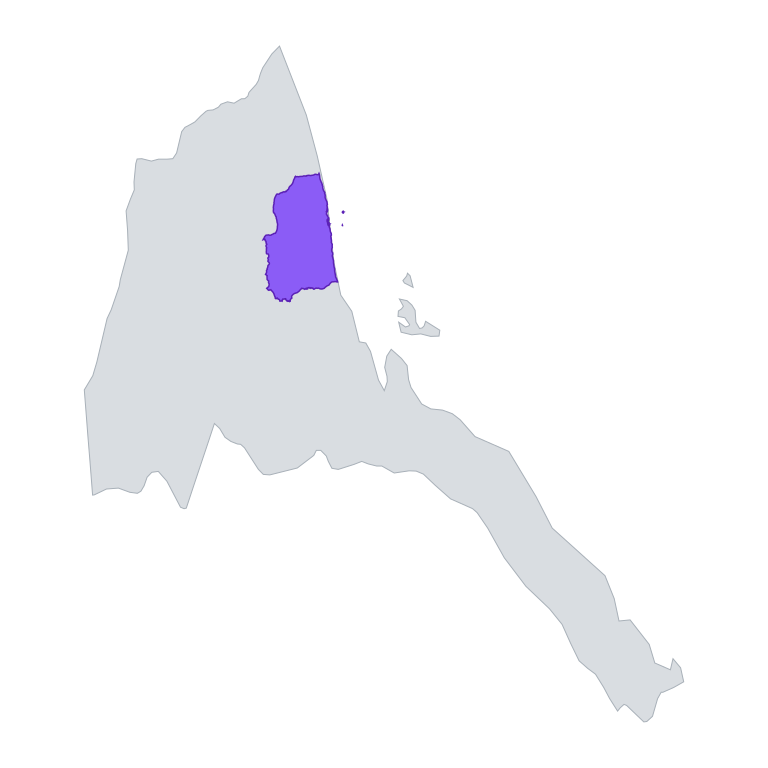 location of Afabet, Semenawi Keyih Bahri, Eritrea
{"feature_id": "51966322B88342452003506", "entity_name": "Afabet", "entity_type": "district", "adm_level": 2, "iso_a3": "ERI", "parent_name": "Eritrea", "parent_adm1": "Semenawi Keyih Bahri", "projection": "equal_earth", "projection_center": [38.928, 16.403], "detail": "fine", "context": "in_parent", "style": "filled", "palette": "violet", "viewbox_px": 768, "rotation_deg": 0, "n_neighbors": 0, "source": "geoboundaries", "source_scale": "gbopen_adm2", "svg_char_len": 8279}
<svg xmlns="http://www.w3.org/2000/svg" viewBox="0 0 768 768"><path d="M92.6,495.1L89.9,460.5L88.0,437.4L86.1,412.9L84.3,389.9L92.8,375.7L96.8,362.2L107.1,318.5L111.2,309.8L119.2,286.5L120.3,279.7L128.3,250.2L127.6,230.7L126.1,210.9L130.4,199.2L134.3,189.9L134.0,182.0L135.8,163.6L137.1,159.0L141.8,158.7L151.4,161.1L158.4,159.2L166.6,159.2L172.8,158.7L176.6,153.0L181.7,131.6L185.0,127.3L187.6,126.0L194.8,122.0L200.9,115.8L206.0,111.3L207.8,110.4L213.1,109.9L218.4,107.2L220.9,104.2L227.5,101.8L234.1,103.2L238.5,100.5L241.4,98.8L244.8,98.7L247.8,96.2L249.0,92.4L251.1,90.0L256.2,84.4L258.5,80.4L259.6,76.3L260.6,73.1L262.8,67.7L271.8,54.0L279.5,46.1L306.3,115.0L317.2,155.8L326.8,198.4L334.0,262.5L340.8,295.2L351.8,311.3L359.3,341.8L365.8,343.0L370.5,351.4L378.5,380.1L384.3,390.7L387.3,381.6L387.0,376.3L384.7,367.4L386.8,356.1L391.2,349.3L401.5,358.5L407.1,365.6L408.6,379.7L411.0,387.5L421.7,404.0L430.8,408.9L442.5,410.1L452.3,413.7L460.2,419.8L475.0,436.6L508.8,451.4L536.1,496.7L552.2,528.1L605.0,575.7L614.2,598.6L619.0,621.0L630.1,619.9L649.2,644.4L654.8,663.0L670.4,669.8L673.0,658.7L680.6,667.8L683.7,681.8L673.8,687.4L662.8,692.3L661.2,692.2L657.6,698.6L652.5,716.3L646.8,721.5L643.8,721.9L626.6,705.4L624.0,704.4L620.3,707.7L617.6,711.1L609.6,698.5L603.7,687.4L595.5,674.2L587.6,668.3L579.1,660.8L570.7,643.5L562.1,624.4L549.5,608.8L525.9,586.3L504.3,557.8L487.7,528.1L477.1,512.6L472.5,508.6L450.6,498.9L435.2,485.3L423.4,474.1L416.2,471.1L409.2,470.8L394.2,473.0L381.8,466.0L376.6,466.0L368.2,463.9L361.7,461.4L354.0,464.4L338.3,469.4L331.9,468.3L328.3,461.3L326.3,456.0L320.8,450.4L316.3,450.4L313.8,455.4L297.3,468.0L269.8,474.9L263.3,474.4L258.4,469.4L244.5,447.8L240.6,444.3L237.4,444.0L231.0,441.5L225.0,437.3L219.7,428.5L214.4,423.5L208.7,440.8L198.6,471.0L193.2,487.2L186.3,508.1L184.1,508.7L180.5,507.2L166.9,481.2L158.3,471.4L151.8,472.3L147.1,477.2L144.1,485.8L140.9,491.2L137.4,493.3L129.9,492.3L118.4,488.1L106.5,489.0L94.2,494.9L92.6,495.1ZM415.9,322.2L419.6,328.5L422.2,327.9L424.2,325.8L425.6,321.3L439.8,330.2L439.0,336.1L430.6,336.4L420.8,333.9L411.8,334.8L401.1,332.2L398.7,322.2L405.5,327.0L409.0,325.8L409.6,324.5L404.8,317.7L398.0,316.4L398.4,311.0L401.5,308.9L403.4,306.3L399.4,299.0L407.1,300.7L411.9,305.1L415.1,310.3L415.9,322.2ZM410.1,275.8L413.1,287.4L404.4,283.0L402.9,280.6L406.7,276.0L407.5,273.2L410.1,275.8Z" fill="#d9dde1" stroke="#a8b0b8" stroke-width="1"/><path d="M329.7,224.0L329.4,223.9L329.4,224.2L329.3,224.3L329.3,223.9L329.2,223.7L329.0,224.2L328.9,225.1L328.7,225.5L328.4,225.5L327.9,224.8L327.9,224.4L327.8,224.2L327.7,223.7L327.7,223.4L328.0,223.4L328.2,223.9L328.2,223.3L328.3,222.9L327.8,222.6L327.4,221.9L327.2,221.8L327.1,220.7L327.1,219.8L327.6,219.2L327.6,219.6L327.4,219.7L327.3,220.2L327.6,221.5L327.8,221.3L328.0,220.5L328.7,220.4L328.9,219.0L328.6,217.6L327.6,216.6L327.5,215.9L327.6,215.5L327.6,215.3L327.2,215.3L327.0,215.2L326.6,214.6L326.4,214.0L326.4,213.7L326.7,213.2L326.7,212.6L326.6,212.2L326.3,211.8L326.6,211.5L326.7,211.8L326.8,211.9L327.0,211.5L326.8,210.5L326.8,210.3L327.0,210.8L326.9,210.2L327.1,209.8L327.0,209.6L327.1,208.5L327.3,208.8L327.3,209.2L327.5,209.7L327.4,210.0L327.5,210.3L327.6,210.5L327.7,210.0L327.7,209.8L327.5,209.3L327.5,208.7L327.2,207.7L327.3,207.3L326.9,205.5L327.0,205.0L327.4,204.5L327.4,204.2L327.1,203.3L327.0,202.0L325.8,199.4L325.2,197.8L325.1,197.2L325.2,195.0L324.6,193.4L324.7,193.2L324.6,192.5L324.7,192.4L323.7,190.8L323.1,189.5L323.1,189.0L322.9,188.6L322.7,187.7L322.8,186.6L322.7,186.1L322.5,185.9L322.3,185.4L322.2,184.3L322.0,184.1L321.8,183.1L321.3,182.3L320.0,178.9L319.8,178.0L319.6,175.7L319.4,174.4L319.0,173.4L318.5,174.5L318.0,174.7L316.9,174.6L316.0,174.3L314.9,174.3L313.9,174.9L312.9,175.2L311.8,175.3L310.8,175.6L309.7,175.4L308.0,175.3L307.4,175.6L306.6,175.6L306.0,176.2L305.1,175.9L304.6,176.0L303.8,175.9L302.5,176.4L300.6,176.4L300.1,176.5L299.7,176.5L298.5,176.8L297.6,176.6L296.8,176.6L296.2,176.8L295.8,176.8L295.5,176.4L295.1,176.9L294.9,177.0L294.6,178.2L293.6,180.1L293.2,181.8L292.5,183.5L291.3,185.1L289.7,186.5L289.1,187.4L288.5,189.2L287.4,190.0L286.3,191.4L286.0,191.6L285.7,191.3L284.8,192.0L284.0,191.8L283.6,191.9L283.1,191.9L282.4,192.6L281.4,192.6L280.7,193.0L280.2,193.1L279.4,193.9L278.9,194.1L278.0,194.2L277.2,194.0L276.6,194.3L275.2,197.0L274.7,198.2L274.4,199.2L274.2,201.6L273.9,202.8L274.1,203.6L273.6,205.1L273.4,206.8L273.3,207.8L273.5,208.7L273.3,211.0L273.4,211.7L273.6,212.7L273.8,212.9L274.4,213.2L274.7,213.8L275.7,216.3L276.0,216.5L276.2,217.0L276.3,218.5L276.6,219.2L276.9,220.6L277.1,222.3L277.4,223.1L277.6,224.3L277.5,226.0L277.3,226.9L277.4,227.8L277.1,229.5L276.5,231.3L275.4,233.3L274.7,233.3L273.6,233.6L273.0,234.1L271.5,234.7L270.9,235.2L269.6,235.3L268.8,234.9L266.0,235.2L264.7,236.6L264.3,237.3L264.4,237.9L263.6,238.6L263.2,239.5L263.4,239.4L264.2,239.6L265.0,239.5L265.1,240.1L265.4,240.9L265.9,241.2L266.0,241.8L266.2,242.1L266.0,242.9L266.8,244.2L266.6,244.7L266.1,245.2L266.0,246.0L266.1,246.5L266.7,247.9L266.6,248.3L266.4,248.6L266.3,249.0L266.5,249.6L266.3,251.6L266.4,253.1L266.5,253.6L266.7,253.8L267.9,254.0L268.3,254.1L268.5,254.5L268.6,255.2L268.7,255.4L268.8,255.8L268.7,256.8L268.7,257.1L268.2,257.5L267.9,257.9L267.9,258.6L268.4,259.7L268.3,260.1L268.0,260.6L267.9,261.1L268.0,261.5L269.1,262.6L269.4,263.3L269.3,263.8L269.0,264.5L268.0,265.4L267.7,267.3L267.1,268.7L267.3,269.3L266.8,269.9L266.5,270.4L266.6,271.3L266.6,272.2L266.2,273.3L265.5,274.4L265.7,274.6L266.1,274.7L266.5,275.2L267.1,275.6L267.0,276.1L267.1,278.4L267.1,279.4L267.7,280.2L268.7,281.0L268.5,282.3L268.6,282.8L268.7,283.1L269.1,283.6L269.2,284.2L268.8,286.4L267.8,287.4L267.3,287.7L266.7,288.4L267.3,288.9L268.3,290.1L268.5,290.2L269.0,290.3L269.7,289.9L270.1,290.0L270.8,289.7L271.2,290.3L272.8,291.9L273.1,292.5L273.4,292.8L273.9,293.8L274.6,296.0L275.1,296.9L275.3,298.3L275.6,298.6L276.1,298.7L276.5,298.3L276.8,298.4L277.2,298.1L277.5,298.5L277.8,298.6L278.2,299.2L278.9,299.3L279.3,299.5L279.5,299.8L279.8,301.0L280.2,300.9L280.6,301.1L281.2,301.1L281.5,301.0L282.0,300.3L282.3,300.7L282.6,299.6L282.8,299.1L283.3,299.2L284.3,298.9L285.6,298.7L285.7,298.8L285.5,299.5L285.8,299.6L286.1,299.9L286.8,300.9L287.2,301.0L287.5,300.8L287.6,301.2L287.8,301.3L288.3,300.9L288.6,301.2L289.0,301.0L289.5,301.5L289.6,301.4L289.8,300.8L290.2,301.0L290.3,299.8L290.5,299.4L290.7,299.1L291.9,298.0L291.6,297.4L291.6,296.4L291.9,295.7L292.7,294.8L293.6,294.0L294.7,293.4L297.3,292.6L299.4,290.9L300.7,289.2L301.8,288.7L301.9,288.3L302.5,288.5L303.2,288.5L303.8,288.9L304.3,288.9L304.5,289.2L304.7,289.3L304.9,289.1L305.3,288.9L305.6,289.0L306.0,288.5L306.1,288.9L306.7,289.1L306.8,288.9L307.1,288.9L307.3,288.7L307.6,288.8L307.7,288.4L307.9,288.1L308.0,287.7L308.9,287.6L309.0,287.6L309.0,287.8L309.3,288.0L309.6,288.1L310.1,287.9L310.4,288.2L310.7,287.8L311.1,288.0L311.5,287.9L311.9,288.2L312.1,287.9L312.6,288.2L313.0,288.2L313.5,289.1L314.0,289.2L314.4,289.0L315.5,288.3L316.3,288.1L317.1,288.3L318.2,288.1L319.0,288.3L320.1,288.9L322.0,289.0L323.4,288.6L324.2,288.3L325.5,287.0L326.7,286.2L327.1,285.8L328.7,285.2L329.0,285.0L330.1,283.4L331.5,282.1L332.6,281.8L333.7,281.8L334.7,281.6L335.7,281.6L336.9,281.9L337.6,281.9L337.3,280.6L336.9,279.9L336.3,278.2L335.6,277.0L335.5,275.5L334.7,271.5L334.6,270.2L334.6,268.9L334.0,266.6L333.5,262.9L333.5,260.7L332.3,256.0L332.4,255.1L332.7,254.5L332.7,253.1L332.5,252.5L331.9,251.7L331.7,250.7L331.7,249.0L332.3,247.4L332.1,245.8L332.3,244.7L332.2,244.3L331.4,242.6L331.3,242.1L331.5,241.3L331.4,240.7L331.5,240.1L331.1,238.9L331.0,238.5L331.2,238.2L330.8,236.7L330.9,235.8L331.4,235.1L331.2,233.2L330.7,232.6L330.6,232.2L330.2,230.9L330.1,229.8L330.0,229.4L330.0,228.8L329.4,227.5L329.2,226.4L329.3,225.7L329.7,225.1L329.7,224.6L329.7,224.1L329.8,224.0L329.7,224.0ZM343.0,212.0L342.6,211.7L342.6,211.4L342.5,211.7L342.6,212.1L342.4,212.3L342.9,213.0L343.3,213.1L343.6,212.7L343.5,212.3L343.2,212.4L343.2,212.0L343.0,212.0ZM343.0,211.8L343.1,211.7L343.2,211.9L343.4,211.9L343.7,211.8L343.5,211.7L343.2,211.5L343.2,211.3L342.9,211.4L343.0,211.8ZM328.9,223.2L329.0,222.9L328.9,222.6L329.0,222.4L328.9,222.3L328.6,222.8L328.9,223.2ZM342.4,225.6L342.5,225.6L342.5,225.3L342.4,225.1L342.3,225.5L342.4,225.6Z" fill="#8b5cf6" stroke="#5b21b6" stroke-width="1.5"/></svg>